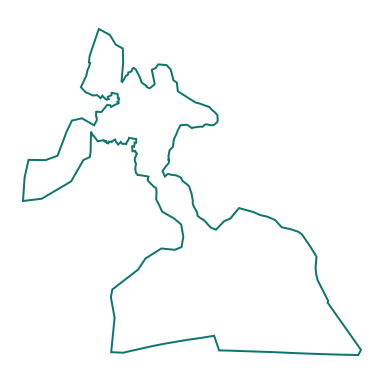 Ijebu Ode, Ogun, Nigeria
{"feature_id": "59680162B95372959647234", "entity_name": "Ijebu Ode", "entity_type": "district", "adm_level": 2, "iso_a3": "NGA", "parent_name": "Nigeria", "parent_adm1": "Ogun", "projection": "natural_earth1", "projection_center": [3.928, 6.783], "detail": "fine", "context": "isolated", "style": "outline", "palette": "teal", "viewbox_px": 384, "rotation_deg": 0, "n_neighbors": 0, "source": "geoboundaries", "source_scale": "gbopen_adm2", "svg_char_len": 5802}
<svg xmlns="http://www.w3.org/2000/svg" viewBox="0 0 384 384"><path d="M212.6,110.5L209.4,107.1L200.2,103.7L195.5,102.5L177.8,91.3L176.9,82.7L173.4,80.2L172.2,75.0L170.7,69.5L166.5,65.1L158.3,64.4L157.3,65.5L155.7,68.1L153.6,69.0L151.8,69.8L153.5,77.9L154.7,83.9L153.9,84.9L152.1,86.4L149.8,88.2L149.3,88.2L146.6,86.9L146.6,86.0L143.6,84.0L142.0,82.8L141.2,81.8L140.6,79.2L140.1,77.9L138.6,74.8L136.8,71.5L136.1,70.0L134.9,68.7L134.5,68.3L134.0,68.1L133.5,68.0L133.0,68.3L132.3,68.9L131.8,70.1L131.5,71.3L130.3,71.9L129.1,72.3L128.3,72.4L128.0,74.5L126.8,75.5L125.9,75.7L124.1,79.1L122.4,81.9L121.9,81.6L121.5,81.4L123.2,62.5L122.8,48.5L115.8,44.7L109.8,34.9L98.8,29.0L89.7,55.7L88.9,62.5L90.1,62.9L89.5,65.2L88.7,67.8L87.8,69.1L86.2,75.9L80.9,87.2L86.0,92.6L87.5,92.9L89.9,94.1L92.8,95.5L93.5,95.4L94.5,95.3L95.0,95.3L95.7,95.2L96.4,95.2L97.0,95.2L97.6,95.5L98.1,95.8L98.6,96.3L99.3,97.0L100.4,98.1L100.5,98.2L101.2,97.4L102.4,95.7L103.5,97.0L104.3,97.8L105.4,98.9L106.0,99.3L106.3,99.3L106.6,99.4L106.9,99.5L107.3,99.5L107.6,99.4L107.9,99.2L108.3,99.0L108.6,99.0L107.8,96.9L109.3,96.1L110.2,95.8L111.4,95.3L111.7,92.9L114.2,93.3L116.4,93.8L117.5,93.9L117.7,94.6L117.8,95.9L117.8,97.0L117.9,97.9L118.7,98.0L119.1,99.2L118.5,99.4L118.6,100.4L118.5,100.5L118.6,102.6L117.6,102.3L118.0,103.5L117.5,103.7L116.9,104.0L116.2,104.3L115.4,104.6L115.1,104.7L114.6,104.9L114.2,105.1L113.6,105.6L113.2,105.8L112.4,106.2L111.8,106.5L110.9,106.9L110.8,106.6L110.5,105.9L110.3,105.3L109.9,105.3L109.3,105.2L109.1,105.1L108.7,105.1L108.2,105.1L107.8,105.1L107.3,104.9L106.2,106.1L105.1,107.6L103.5,109.4L102.3,111.0L101.6,111.9L100.0,112.1L98.7,111.8L98.0,111.7L96.5,111.7L96.2,111.8L96.1,114.6L96.0,116.2L96.7,117.5L96.8,119.2L96.9,120.0L94.1,125.3L81.9,118.3L71.9,120.6L66.7,131.4L62.6,142.4L57.5,155.8L45.6,160.1L28.5,159.9L24.6,177.6L23.0,201.0L41.8,198.7L71.2,181.3L83.4,160.0L89.8,157.1L90.6,152.1L91.0,131.6L93.1,135.8L94.0,136.2L94.5,137.0L96.6,139.6L97.6,141.2L98.8,141.0L100.1,140.8L101.0,140.7L102.0,140.5L102.7,140.3L103.6,140.3L104.5,140.6L105.3,141.0L105.5,141.0L105.2,141.4L104.9,141.6L105.3,141.8L105.8,142.0L106.0,142.0L106.7,142.3L106.9,142.3L106.8,142.8L106.8,143.0L107.2,143.1L107.4,143.1L107.7,143.1L108.1,143.3L108.2,143.0L108.5,142.7L109.1,142.5L109.1,142.1L109.2,141.6L109.6,141.7L110.1,141.8L110.5,141.8L111.1,141.5L111.4,141.8L111.6,142.0L111.9,141.7L113.9,140.1L114.4,139.8L115.2,139.6L115.4,140.2L115.6,140.9L116.4,142.3L117.1,143.1L117.5,143.7L118.1,144.6L119.2,143.5L119.8,142.9L120.5,142.3L120.7,142.0L120.8,142.1L121.0,142.2L121.1,142.4L121.2,142.5L121.6,143.1L122.0,143.5L122.3,143.9L122.7,143.9L123.5,143.8L123.9,143.9L124.1,143.9L124.3,143.9L124.5,143.9L124.9,143.9L125.1,143.8L125.4,143.8L125.7,143.8L126.0,143.9L126.3,144.0L126.6,142.7L126.9,142.0L127.3,141.4L128.0,140.5L128.4,140.0L128.7,139.0L129.0,137.8L129.9,138.0L130.9,138.2L131.5,138.3L132.3,138.4L133.2,138.7L133.9,138.8L134.8,138.9L135.5,139.0L135.9,139.1L136.2,139.1L136.2,139.7L136.2,140.1L136.3,140.6L136.3,140.8L136.3,141.3L136.3,141.8L136.2,142.3L136.2,142.7L136.1,142.8L135.0,142.7L134.6,142.6L134.6,142.8L134.7,143.2L134.7,143.6L134.6,144.0L134.5,144.3L134.5,144.7L134.3,145.2L134.2,145.7L134.0,146.1L134.0,146.6L133.0,146.4L132.4,146.2L132.2,146.2L132.1,146.9L132.2,147.8L132.3,148.5L132.4,149.9L132.4,150.7L132.5,151.3L134.3,151.1L135.4,151.0L135.5,151.1L135.5,151.7L135.5,152.3L135.5,153.1L135.4,153.1L135.8,153.1L136.3,153.0L136.6,153.0L136.8,153.8L136.4,153.8L136.3,154.4L136.2,154.9L136.1,155.4L136.0,155.8L135.9,156.2L135.7,156.5L135.3,157.0L135.1,157.2L135.0,157.4L134.9,158.0L134.8,158.6L134.8,159.3L134.8,160.6L135.0,161.9L135.7,162.8L136.0,164.4L135.6,165.9L135.4,167.6L135.4,168.8L135.5,170.4L135.8,172.1L136.0,173.1L136.6,173.5L137.3,174.0L137.6,174.3L137.6,175.0L140.4,175.3L143.3,175.7L145.5,176.1L147.5,176.4L148.4,176.7L148.0,178.4L147.7,180.2L149.0,181.9L153.9,186.7L156.2,188.2L156.5,192.3L156.2,199.4L158.6,203.9L162.2,211.7L174.1,218.5L181.2,224.5L183.3,236.8L181.5,247.1L174.8,249.8L161.3,248.5L145.4,258.6L138.2,269.5L112.3,289.5L110.9,297.4L114.6,317.6L111.2,352.2L123.6,352.7L126.1,352.0L151.9,346.2L164.0,343.8L186.9,339.9L199.1,338.2L214.1,335.8L218.2,347.7L219.1,350.4L228.5,350.6L234.6,350.8L243.4,351.1L246.2,351.2L272.9,352.1L297.3,353.2L307.6,353.6L328.7,354.3L342.2,354.7L358.3,355.0L361.0,349.9L327.6,302.6L328.2,301.0L317.5,279.9L316.2,274.1L315.5,267.1L315.7,266.4L316.5,256.7L310.1,246.3L301.9,234.3L298.3,231.8L291.0,229.3L281.8,227.3L278.5,223.8L275.2,220.0L267.1,216.6L260.3,215.1L253.3,212.0L239.0,208.1L233.6,214.5L230.5,218.5L224.2,221.1L216.0,229.7L211.1,227.8L209.5,226.2L207.7,224.3L206.0,222.3L203.7,219.9L201.0,218.5L197.6,215.8L197.2,212.8L196.0,210.4L193.8,206.6L192.7,203.5L192.8,200.5L191.6,193.8L189.1,186.3L186.7,184.1L182.6,181.0L180.8,177.6L176.7,175.5L173.6,175.0L171.6,174.8L170.2,174.6L169.5,174.2L168.5,174.1L167.7,174.1L166.9,174.6L165.0,176.5L164.8,176.1L164.5,175.6L164.3,175.3L164.2,174.9L163.9,174.3L163.5,173.4L162.5,171.1L163.2,170.1L163.9,169.2L164.4,168.4L165.2,167.3L166.0,166.2L166.8,165.3L167.7,164.3L168.4,163.5L168.7,163.0L168.9,162.5L168.9,162.0L169.0,161.3L169.1,160.5L169.1,159.9L168.3,159.7L168.5,159.1L168.5,158.9L168.5,158.7L168.6,158.3L168.8,158.1L168.8,157.6L168.7,157.0L168.4,156.4L169.6,150.2L172.9,146.9L173.9,139.1L176.0,134.9L178.0,130.0L180.5,125.2L186.1,124.8L188.2,125.3L189.2,126.1L190.2,127.0L191.0,127.5L192.0,128.2L192.5,127.9L192.9,127.6L193.6,127.5L194.5,127.4L195.5,127.3L196.4,127.1L196.8,127.0L197.9,126.9L198.7,126.8L199.2,126.7L199.9,126.7L200.5,126.6L201.4,126.6L202.1,126.8L202.3,126.9L202.5,126.8L203.6,125.9L204.5,124.9L205.5,124.4L206.8,124.4L208.4,124.8L212.1,125.4L213.9,124.9L217.0,122.4L217.7,120.7L217.4,115.1L216.0,113.6L214.7,112.1L212.6,110.5Z" fill="none" stroke="#0f766e" stroke-width="2"/></svg>